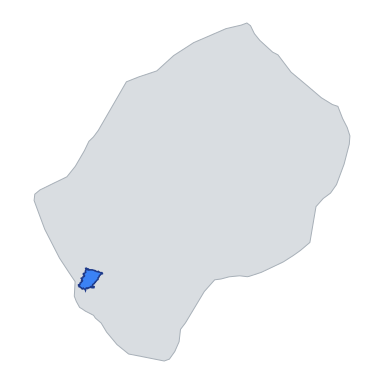 Mohale's Hoek, Mohale's Hoek, Lesotho (highlighted)
{"feature_id": "5366337B50833634565448", "entity_name": "Mohale's Hoek", "entity_type": "district", "adm_level": 2, "iso_a3": "LSO", "parent_name": "Lesotho", "parent_adm1": "Mohale's Hoek", "projection": "natural_earth1", "projection_center": [27.441, -30.145], "detail": "fine", "context": "in_parent", "style": "filled", "palette": "blue", "viewbox_px": 384, "rotation_deg": 0, "n_neighbors": 0, "source": "geoboundaries", "source_scale": "gbopen_adm2", "svg_char_len": 4710}
<svg xmlns="http://www.w3.org/2000/svg" viewBox="0 0 384 384"><path d="M261.2,272.4L249.0,276.4L247.3,276.7L239.6,275.8L229.2,276.8L221.0,279.0L214.7,279.8L204.3,291.5L185.5,322.8L180.5,329.4L179.1,341.7L174.8,351.5L169.4,359.1L164.2,361.0L148.6,357.9L128.6,354.0L117.0,344.6L106.6,332.1L101.2,323.1L95.4,318.1L93.5,315.3L85.3,311.1L82.3,309.0L79.6,307.4L76.3,301.4L74.3,296.2L75.1,281.6L69.3,273.0L59.5,258.1L53.3,246.0L44.8,229.4L39.5,215.2L34.1,200.5L34.8,194.2L40.0,189.9L55.1,182.5L66.9,176.8L75.3,166.3L84.4,150.7L88.9,141.3L93.4,137.0L98.3,130.4L106.8,115.7L116.3,99.3L126.4,81.8L139.3,76.7L156.8,70.9L173.6,55.6L193.7,42.6L226.1,28.6L241.2,25.1L246.9,23.0L250.5,25.7L254.4,33.7L259.8,40.4L272.6,52.1L278.0,54.9L291.1,72.2L305.2,84.0L321.3,97.7L332.3,104.5L337.9,106.4L342.6,118.5L347.2,127.5L349.9,135.9L349.3,144.1L344.1,164.1L336.5,184.6L330.5,193.1L323.2,198.5L316.0,206.6L313.2,223.0L309.9,242.4L300.6,250.3L293.3,255.5L283.3,261.9L261.2,272.4Z" fill="#d9dde1" stroke="#a8b0b8" stroke-width="1"/><path d="M93.9,287.6L94.0,287.6L94.0,287.4L94.1,286.7L93.9,286.7L93.7,286.4L93.4,286.3L93.2,286.3L92.7,286.3L92.3,285.8L92.4,285.4L92.7,284.8L92.7,284.5L93.0,284.4L93.5,284.0L93.7,283.8L93.8,283.7L94.4,283.6L94.4,283.2L94.6,282.8L94.8,282.7L95.0,282.4L95.3,282.3L95.3,282.0L95.4,281.7L95.9,281.5L96.1,281.3L96.2,281.0L96.4,280.8L96.8,280.3L97.0,280.1L97.3,279.9L97.7,279.7L97.9,279.6L98.0,279.5L98.1,278.4L98.1,277.8L98.5,277.5L98.8,277.2L98.9,276.9L99.1,276.7L99.3,276.3L99.4,275.4L99.6,275.3L99.8,275.3L99.9,275.2L100.1,275.0L100.3,275.0L100.5,274.7L100.8,274.4L101.0,274.3L101.2,273.9L101.3,273.8L101.6,273.8L102.4,273.8L102.6,273.7L102.7,273.4L102.8,273.4L102.6,273.3L102.4,273.3L102.3,273.1L102.0,273.0L101.9,272.8L101.8,272.6L101.5,272.6L101.2,272.6L100.8,272.8L100.6,272.8L100.3,272.6L100.1,272.5L99.9,272.4L99.6,272.2L99.4,272.1L99.2,272.0L99.0,271.9L98.9,271.9L98.7,272.0L98.5,271.8L98.4,271.7L98.2,271.4L98.0,271.6L98.0,271.8L97.8,271.8L97.3,271.6L97.2,271.6L96.9,271.6L96.6,271.5L96.1,271.3L95.9,271.3L95.7,271.1L95.6,270.9L95.3,270.7L95.1,270.6L94.8,270.8L94.6,270.8L94.5,270.7L94.4,270.5L94.1,270.3L93.9,270.3L93.5,270.2L93.1,270.2L92.9,270.1L92.7,269.9L92.4,269.9L92.2,269.9L91.7,269.8L91.3,269.9L91.2,269.8L90.9,269.8L90.7,269.8L90.4,269.9L90.1,269.8L89.9,269.9L89.5,270.0L89.4,270.0L89.4,269.8L89.2,269.7L89.0,269.8L89.0,269.7L88.9,269.7L88.7,269.6L88.6,269.4L88.5,269.1L88.4,269.0L88.2,268.9L87.9,268.9L87.9,269.0L87.7,268.9L88.0,269.4L88.0,269.5L87.9,269.7L87.8,269.8L87.7,269.8L87.5,269.7L87.4,269.5L87.3,269.4L86.9,269.3L86.6,269.2L86.3,268.7L86.2,268.5L85.9,268.4L85.6,268.4L85.6,268.5L85.7,268.8L86.0,269.1L86.2,269.4L86.2,269.5L86.1,269.8L85.7,270.2L85.4,270.9L85.3,271.4L85.4,271.6L85.5,271.8L85.7,272.0L85.8,272.1L85.7,272.3L85.3,272.4L85.2,272.5L84.8,273.0L84.5,273.4L84.3,273.5L84.2,273.5L83.6,273.4L83.4,273.5L83.3,273.8L83.3,274.1L83.4,274.5L83.5,274.7L83.7,274.8L84.1,275.0L84.3,275.1L84.4,275.3L84.5,275.6L84.5,275.8L84.5,276.0L84.4,276.2L84.3,276.4L84.1,276.5L83.9,276.5L83.4,276.4L83.3,276.5L83.2,276.6L83.3,276.7L83.2,276.9L82.9,277.4L82.8,277.7L82.8,277.8L82.7,277.9L82.5,278.0L82.4,278.1L82.2,278.1L81.8,278.0L81.6,278.0L81.3,278.1L81.2,278.2L81.2,278.3L81.3,278.3L81.4,278.5L81.8,279.0L82.1,279.3L82.1,279.6L81.6,280.2L81.7,280.3L81.8,280.4L82.2,280.5L82.4,280.5L82.5,280.6L82.4,281.0L82.2,281.3L81.9,281.4L81.4,281.5L81.4,282.1L81.4,282.3L81.3,282.5L81.2,282.5L80.8,282.6L80.7,282.6L80.2,282.9L80.1,283.0L80.0,283.3L80.0,283.5L80.0,283.9L80.0,284.4L80.0,284.5L79.9,284.6L79.6,284.9L79.3,284.9L79.2,284.9L78.9,284.7L78.7,284.7L78.5,284.8L78.5,285.1L78.6,285.3L78.8,285.4L79.1,285.4L79.2,285.5L79.2,285.9L79.3,286.1L79.3,286.5L79.3,286.8L79.5,286.8L79.4,286.7L79.5,286.7L79.4,286.6L79.5,286.6L79.8,286.6L80.0,286.8L80.1,287.0L80.3,287.1L80.4,287.3L80.5,287.4L80.5,287.5L80.9,287.7L81.0,287.7L81.1,287.8L81.3,287.8L81.5,288.0L81.9,288.3L81.8,288.5L82.0,288.7L82.2,289.0L82.4,288.9L82.5,288.8L82.8,288.8L82.9,288.7L83.0,288.7L83.2,288.4L83.3,288.3L83.4,288.5L83.5,288.6L84.1,288.9L84.5,289.1L84.8,289.2L84.9,289.3L85.1,289.5L85.3,289.9L85.5,290.5L85.6,290.2L85.6,289.5L85.6,289.4L85.7,289.1L86.0,288.6L86.1,288.4L86.1,288.2L86.5,288.1L86.7,287.9L86.8,287.9L87.0,287.9L87.1,288.1L87.3,288.4L87.4,288.6L87.5,288.6L87.8,288.5L88.0,288.4L88.2,288.2L88.4,288.0L88.4,287.9L88.5,287.8L88.5,287.7L89.0,287.6L89.3,287.6L89.5,287.7L89.8,287.6L90.0,287.5L90.1,287.4L90.2,287.2L90.3,287.1L90.6,287.4L90.8,287.4L91.0,287.4L91.2,287.2L91.4,287.0L91.4,286.9L91.5,286.8L91.5,286.7L91.4,286.6L91.5,286.6L91.5,286.8L91.7,287.0L91.9,287.6L92.1,287.5L92.4,287.7L92.5,287.7L92.8,287.8L93.0,287.7L93.2,287.8L93.6,287.6L93.9,287.6Z" fill="#3b82f6" stroke="#1e3a8a" stroke-width="1.5"/></svg>